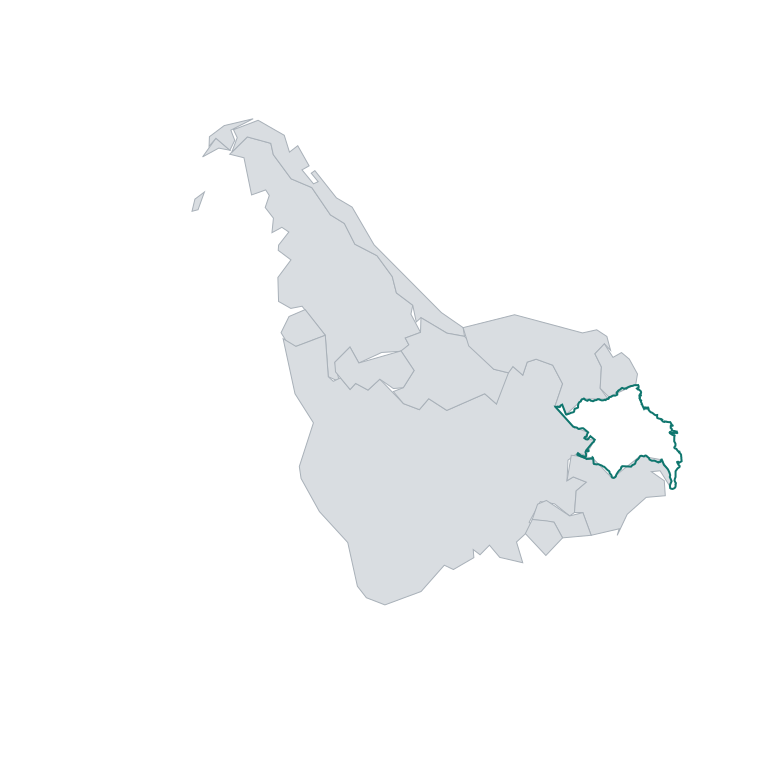 where Colombia sits in South America, rotated 129°
{"feature_id": "COL", "entity_name": "Colombia", "entity_type": "country or territory", "adm_level": 0, "iso_a3": "COL", "parent_name": "South America", "parent_adm1": "", "projection": "robinson", "projection_center": [-72.763, 4.099], "detail": "fine", "context": "in_parent", "style": "outline", "palette": "teal", "viewbox_px": 768, "rotation_deg": 129, "n_neighbors": 12, "source": "natural_earth", "source_scale": "50m", "svg_char_len": 10117}
<svg xmlns="http://www.w3.org/2000/svg" viewBox="0 0 768 768"><g transform="rotate(129 384 384)"><path d="M299.3,650.9L304.7,660.9L321.7,667.9L298.8,669.3L299.3,650.9ZM383.1,460.3L375.1,496.6L383.9,504.0L386.2,517.9L368.0,533.5L346.1,534.4L346.7,550.3L342.4,553.3L325.8,553.6L326.5,562.0L336.9,566.3L324.7,574.3L321.6,587.4L309.7,591.8L307.6,598.1L320.4,605.9L296.3,635.2L302.5,648.5L278.0,645.7L268.2,623.4L275.4,614.4L283.0,585.3L276.8,563.7L286.3,532.1L284.2,515.8L293.7,494.6L288.7,470.2L295.3,445.2L305.4,431.7L304.7,411.2L312.8,407.0L320.9,388.1L334.9,396.4L337.9,389.4L346.4,389.8L361.0,405.7L383.5,416.8L376.7,433.7L398.1,435.9L410.3,420.1L413.4,431.9L383.1,460.3Z" fill="#d9dde1" stroke="#a8b0b8" stroke-width="1"/><path d="M299.3,650.9L298.8,669.3L309.4,669.5L301.7,675.3L283.7,670.8L260.2,652.6L283.1,662.8L288.6,653.3L299.3,650.9ZM296.3,351.4L304.9,367.1L309.2,397.0L315.5,398.0L304.7,411.2L305.4,431.7L295.3,445.2L288.7,470.2L293.7,494.6L284.2,515.8L286.3,532.1L276.8,563.7L283.0,585.3L275.4,614.4L268.2,623.4L278.0,645.7L299.7,648.1L284.9,653.1L281.1,661.0L258.3,647.8L253.5,618.0L263.3,603.4L253.1,601.0L261.6,579.5L269.2,582.5L272.8,564.8L268.2,562.5L266.0,573.2L261.7,572.0L269.3,538.1L266.6,520.1L282.1,479.3L292.4,384.3L290.4,358.0L296.3,351.4Z" fill="#d9dde1" stroke="#a8b0b8" stroke-width="1"/><path d="M347.8,644.4L365.6,638.2L370.6,641.9L359.3,647.3L347.8,644.4Z" fill="#d9dde1" stroke="#a8b0b8" stroke-width="1"/><path d="M383.1,460.3L410.2,476.1L414.0,482.0L408.9,496.3L391.3,500.3L375.8,492.1L383.1,460.3Z" fill="#d9dde1" stroke="#a8b0b8" stroke-width="1"/><path d="M412.3,490.9L410.2,476.1L383.1,460.3L413.4,431.9L413.8,425.1L406.6,421.7L409.6,406.9L401.4,406.4L398.8,392.6L382.9,390.3L387.0,356.5L381.7,340.4L367.3,340.0L365.0,318.6L328.2,299.6L328.8,284.0L306.5,294.8L289.3,294.8L289.8,281.7L276.9,286.5L269.0,281.4L263.2,264.7L271.5,245.3L294.3,236.9L298.0,209.6L293.4,195.2L299.5,191.4L294.9,185.1L312.3,182.3L315.9,190.1L327.4,193.1L344.0,180.9L337.1,178.4L332.9,164.9L346.1,167.4L364.0,155.1L369.7,156.7L369.8,176.1L377.0,188.5L400.1,184.2L400.3,178.2L423.4,181.6L435.6,163.7L445.9,184.9L442.9,200.6L456.3,201.9L456.5,210.5L462.4,204.9L484.5,213.3L486.9,223.1L521.9,224.6L555.1,244.3L561.2,263.2L557.9,277.4L530.0,312.4L523.8,353.9L509.6,389.0L501.4,397.9L458.6,414.4L447.6,447.0L412.3,490.9Z" fill="#d9dde1" stroke="#a8b0b8" stroke-width="1"/><path d="M297.0,294.3L328.8,284.0L328.2,299.6L365.0,318.6L367.3,340.0L381.7,340.4L387.0,356.5L384.0,372.0L374.7,366.7L354.6,369.1L347.6,391.6L337.9,389.4L334.9,396.4L320.9,388.1L309.2,397.0L304.9,367.1L296.3,351.4L303.5,308.1L297.0,294.3Z" fill="#d9dde1" stroke="#a8b0b8" stroke-width="1"/><path d="M294.3,236.9L271.5,245.3L263.2,264.7L269.0,281.4L276.9,286.5L289.8,281.7L289.3,294.8L297.0,294.3L303.5,308.1L301.1,342.1L290.4,358.0L248.0,326.1L219.4,261.9L208.0,252.8L206.8,240.7L215.2,229.2L214.1,238.0L227.8,239.1L233.9,225.8L251.3,213.3L254.7,200.4L270.2,219.8L293.2,223.4L288.3,232.1L294.3,236.9Z" fill="#d9dde1" stroke="#a8b0b8" stroke-width="1"/><path d="M364.0,155.1L346.1,167.4L332.9,164.9L337.1,178.4L344.0,180.9L321.5,193.6L310.2,175.6L313.7,147.3L278.6,139.6L268.4,121.0L271.4,109.8L278.5,99.8L283.3,98.4L277.7,114.8L283.9,121.1L282.8,105.3L293.8,95.1L307.1,108.9L332.2,113.0L354.9,107.5L348.5,110.1L371.2,127.8L358.8,148.5L364.0,155.1Z" fill="#d9dde1" stroke="#a8b0b8" stroke-width="1"/><path d="M396.0,183.5L380.8,189.0L372.3,184.5L369.7,156.7L358.8,148.5L371.2,127.8L391.2,148.4L384.4,164.9L396.0,183.5Z" fill="#d9dde1" stroke="#a8b0b8" stroke-width="1"/><path d="M411.3,180.0L396.0,183.5L387.8,171.1L384.4,164.9L391.2,148.4L415.4,150.3L411.3,180.0Z" fill="#d9dde1" stroke="#a8b0b8" stroke-width="1"/><path d="M252.6,201.2L251.3,213.3L233.9,225.8L227.8,239.1L214.1,238.0L219.2,222.8L210.1,219.2L210.3,209.0L216.7,193.3L226.1,188.0L252.6,201.2Z" fill="#d9dde1" stroke="#a8b0b8" stroke-width="1"/><path d="M381.6,373.8L382.9,390.3L398.8,392.6L401.4,406.4L409.6,406.9L405.1,429.3L398.1,435.9L376.7,433.7L383.5,416.8L347.6,391.6L354.6,369.1L374.7,366.7L381.6,373.8Z" fill="#d9dde1" stroke="#a8b0b8" stroke-width="1"/><path d="M283.4,97.6L281.8,98.4L278.6,99.3L278.2,99.9L276.4,103.4L274.9,104.1L274.4,104.6L273.1,106.5L272.7,107.4L271.7,109.5L271.2,112.0L270.7,115.5L270.2,116.5L269.0,118.5L268.0,120.4L267.9,120.6L268.2,120.9L269.2,120.6L270.3,120.1L270.6,120.2L271.0,121.1L271.4,121.3L271.8,121.1L272.3,121.4L273.3,125.5L275.1,127.6L275.3,128.5L275.6,130.2L274.9,131.2L274.7,134.3L274.7,135.0L274.9,135.6L275.3,136.0L276.7,136.4L277.7,138.7L278.3,139.3L279.1,139.6L281.2,139.3L282.4,139.3L284.2,139.7L284.9,139.7L285.8,139.6L287.3,138.9L287.9,138.8L288.5,138.8L289.4,139.2L290.5,139.8L291.5,140.0L292.5,139.9L292.8,140.1L297.9,147.1L298.4,146.9L298.7,147.0L299.1,147.3L299.6,147.2L300.4,146.6L301.6,146.5L303.1,146.8L305.1,146.8L307.6,146.5L309.2,146.1L309.8,145.7L310.8,145.7L312.0,146.1L312.6,146.6L313.0,147.9L312.7,148.8L311.9,149.6L311.5,150.7L311.4,152.0L311.0,152.9L310.3,153.5L310.0,154.5L310.2,155.6L310.1,157.4L309.8,159.7L309.8,161.0L310.1,161.5L310.3,162.1L310.3,163.0L310.4,163.7L310.8,164.7L311.3,166.6L311.8,167.4L312.6,168.1L314.0,170.4L313.8,171.1L313.7,171.2L312.4,172.4L310.0,174.9L309.8,175.3L309.8,175.8L310.5,175.5L311.6,175.8L311.8,176.0L312.0,176.7L312.7,177.1L313.4,177.8L314.0,178.6L314.8,179.3L314.9,179.8L314.7,180.3L315.1,181.4L315.4,181.8L315.5,182.2L315.4,182.6L315.7,183.2L316.5,185.4L316.5,186.1L316.7,186.4L316.9,187.3L317.3,188.2L317.2,188.8L317.3,189.3L315.9,189.7L315.7,189.7L315.7,186.0L315.5,185.2L313.7,181.9L313.3,181.6L312.9,181.6L312.6,181.7L312.1,182.0L311.7,182.3L310.2,184.5L309.7,184.7L309.2,184.8L308.8,184.8L308.5,184.5L307.8,183.0L307.3,182.8L307.1,183.0L306.8,184.0L307.4,185.1L298.7,185.0L298.1,185.0L297.6,184.7L297.0,184.6L296.7,184.6L296.2,184.9L295.5,184.9L295.1,185.2L294.7,185.2L294.7,190.7L295.1,190.6L295.4,190.6L295.7,190.8L296.4,190.6L297.6,190.8L297.8,190.9L298.1,190.9L298.4,190.7L298.8,190.8L299.2,191.1L299.7,192.1L299.9,192.4L299.9,193.4L299.8,193.7L300.0,194.2L300.0,194.3L299.8,194.4L299.0,194.5L298.8,194.3L298.4,194.3L298.2,194.1L298.0,193.9L297.6,193.6L297.1,193.7L296.3,194.2L296.0,194.1L295.7,194.3L295.0,194.6L293.1,194.9L293.0,201.1L293.2,201.6L294.1,202.6L294.9,203.2L295.5,203.8L296.1,204.0L296.3,204.3L296.5,204.6L296.6,205.4L296.4,206.1L296.5,206.5L297.0,207.8L297.7,208.5L297.7,209.3L298.0,209.8L298.1,210.2L298.0,210.6L297.8,212.1L297.5,213.9L293.9,236.1L293.8,236.4L293.4,235.8L292.8,235.2L292.3,234.8L291.7,233.3L290.9,232.8L290.6,232.8L290.3,233.1L289.8,233.2L289.5,233.2L287.9,232.5L293.0,223.6L293.0,223.2L292.8,222.8L291.7,222.3L291.3,221.9L290.8,221.7L290.4,221.3L289.6,221.0L289.2,220.7L288.6,220.6L288.2,220.1L286.6,219.0L286.2,218.9L285.1,219.2L284.4,219.8L283.6,220.0L282.9,220.0L282.5,219.7L282.2,219.5L281.7,219.1L280.2,218.4L279.8,218.6L278.4,219.9L277.9,219.9L277.3,220.4L276.7,220.6L275.3,220.8L273.6,220.1L272.9,220.5L272.1,220.6L271.6,220.6L271.2,220.5L270.8,220.0L269.5,219.5L269.4,218.9L269.7,217.8L269.2,215.7L269.0,215.3L268.7,215.2L268.0,215.3L267.4,214.9L266.9,214.5L266.7,214.0L266.9,213.1L266.7,212.4L266.3,212.0L266.1,211.2L265.7,210.6L265.1,210.3L264.6,210.4L264.1,210.2L263.7,209.6L263.2,209.3L262.7,208.7L261.7,208.5L261.2,208.2L260.5,207.2L260.6,206.8L260.4,206.5L259.9,204.9L259.6,204.3L258.4,203.1L257.3,202.5L257.0,201.6L256.3,201.6L255.9,201.5L255.4,201.2L254.4,200.3L253.8,200.2L253.3,200.8L251.9,200.2L250.8,199.3L249.6,199.1L248.8,198.6L247.7,197.2L247.4,196.9L245.8,196.1L245.5,196.0L244.9,196.4L244.7,196.6L244.6,197.6L244.1,197.9L243.3,197.8L242.7,197.6L242.3,197.5L242.2,197.7L242.0,197.8L241.6,197.7L240.2,197.3L239.4,196.8L239.0,196.9L238.0,196.8L237.2,196.5L237.0,196.2L236.7,194.4L235.7,193.9L235.3,193.6L234.9,192.7L233.9,192.8L232.4,192.1L230.3,190.9L228.8,189.5L227.5,188.8L227.0,188.2L226.1,187.3L225.9,186.7L224.9,185.9L225.4,184.8L226.6,183.9L228.3,184.6L228.5,183.3L227.9,182.2L228.0,180.0L228.2,179.6L228.6,179.0L229.2,178.6L229.5,178.5L230.1,178.7L230.4,178.2L231.8,178.4L232.2,178.3L232.8,177.7L233.2,177.2L233.4,176.6L233.6,176.4L234.1,176.5L234.1,176.2L234.4,175.9L235.2,175.1L235.2,174.7L234.9,174.0L235.0,173.7L236.0,173.4L237.1,171.1L237.6,171.0L237.8,169.9L238.4,169.0L239.7,166.2L239.3,166.2L239.0,166.6L238.7,166.5L238.3,166.3L238.4,165.1L238.2,164.9L237.6,165.9L237.0,164.9L237.0,164.3L237.2,163.7L237.2,163.3L236.3,163.6L236.4,163.2L236.9,162.8L237.1,162.4L237.6,162.0L237.8,161.3L238.1,159.2L238.0,158.6L237.7,158.2L237.5,156.1L237.6,154.9L237.5,154.0L237.3,153.2L236.2,152.2L237.8,151.0L238.4,150.1L237.7,148.2L236.8,146.6L236.7,145.7L237.0,145.8L237.3,145.8L237.6,143.8L237.5,143.2L237.0,142.2L236.3,142.2L235.8,140.9L235.4,140.7L235.2,139.9L234.2,138.4L233.5,137.6L234.1,135.7L234.5,135.4L234.7,134.9L234.5,133.8L234.6,133.5L234.7,133.4L234.8,133.4L235.0,133.6L235.4,134.1L235.7,134.7L235.9,134.9L236.3,134.7L237.7,133.5L237.6,133.1L237.7,132.3L238.2,131.7L238.7,131.5L238.9,131.2L238.7,130.6L238.2,129.3L237.7,128.6L237.4,127.9L237.3,127.2L236.7,126.6L237.0,126.1L237.4,125.4L237.5,125.3L237.8,125.4L238.4,126.7L239.4,127.5L240.4,128.8L240.8,129.7L241.2,129.8L241.5,130.1L241.4,130.4L241.0,130.6L240.9,131.2L241.1,131.4L241.4,131.6L242.0,131.5L242.3,130.9L242.1,128.3L241.7,126.9L241.3,126.5L241.0,126.0L241.2,125.6L241.9,125.4L242.7,124.9L245.9,122.4L246.9,120.0L247.8,119.2L248.7,118.6L249.8,118.7L250.7,118.4L251.0,117.7L250.7,116.6L250.4,116.0L250.7,115.1L251.1,113.8L251.0,112.6L251.5,111.9L251.3,111.7L250.7,112.2L250.2,112.5L251.4,110.9L251.8,109.1L252.2,108.4L253.4,107.4L253.7,106.9L254.6,106.2L256.2,104.6L256.8,104.1L259.7,105.2L260.6,105.1L260.5,105.3L260.0,105.4L259.4,105.6L259.2,106.3L259.7,106.9L260.1,107.1L260.5,106.7L260.9,105.5L261.5,104.2L261.6,102.8L262.1,102.3L262.7,102.1L264.7,102.7L265.6,102.7L268.3,102.5L272.8,98.9L274.9,98.2L276.2,97.4L277.0,95.9L277.3,94.8L277.9,94.4L278.5,94.4L278.8,94.1L278.9,93.8L280.4,92.8L281.3,92.7L282.1,92.7L283.9,93.6L284.7,95.0L284.8,96.1L283.7,97.2L283.4,97.6ZM231.8,178.0L231.6,178.2L231.2,177.8L231.1,177.4L231.3,177.1L231.6,177.2L231.8,177.4L231.8,178.0Z" fill="none" stroke="#0f766e" stroke-width="2"/></g></svg>